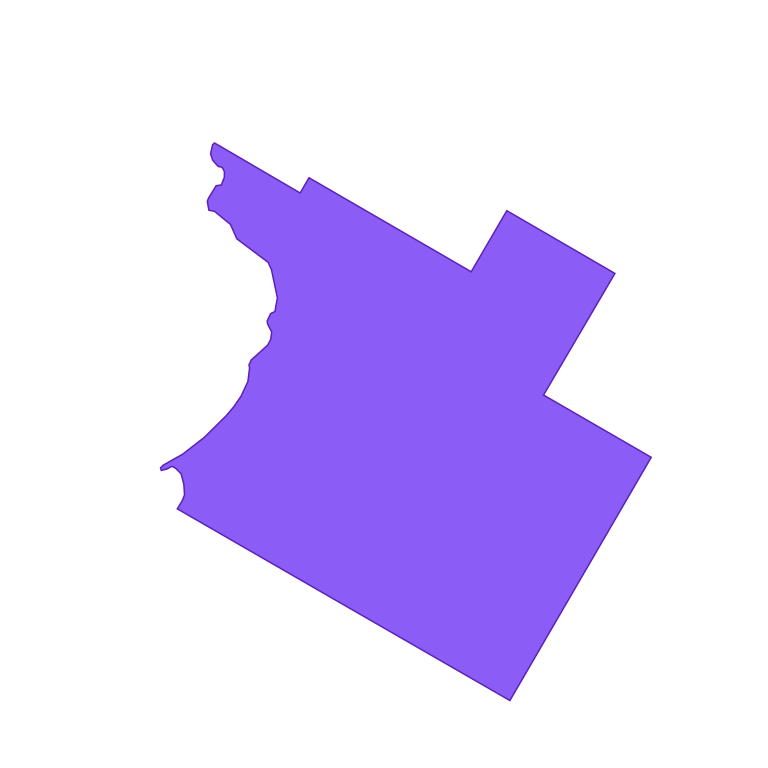 the district of Schoolcraft, Michigan, United States of America, rotated 120°
{"feature_id": "52423323B71997866785230", "entity_name": "Schoolcraft", "entity_type": "district", "adm_level": 2, "iso_a3": "USA", "parent_name": "United States of America", "parent_adm1": "Michigan", "projection": "natural_earth1", "projection_center": [-86.228, 46.131], "detail": "fine", "context": "isolated", "style": "filled", "palette": "violet", "viewbox_px": 768, "rotation_deg": 120, "n_neighbors": 0, "source": "geoboundaries", "source_scale": "gbopen_adm2", "svg_char_len": 867}
<svg xmlns="http://www.w3.org/2000/svg" viewBox="0 0 768 768"><g transform="rotate(120 384 384)"><path d="M172.5,364.3L243.2,364.6L242.9,552.1L260.5,552.1L260.0,651.2L262.4,652.1L271.4,649.3L275.8,644.3L277.8,638.6L278.5,636.2L277.5,633.7L277.8,631.5L279.8,628.5L284.8,625.6L292.9,624.4L296.2,628.5L310.8,628.9L314.3,628.3L321.1,622.5L319.2,617.3L322.6,596.7L331.9,584.0L336.6,545.1L341.3,538.6L362.7,519.4L375.8,514.7L379.7,517.4L387.8,516.7L390.3,514.7L395.1,507.3L402.1,504.4L408.6,504.2L429.6,511.0L434.9,510.5L437.4,508.4L449.9,503.1L466.1,501.7L478.9,502.7L490.8,504.9L520.2,513.0L545.5,523.3L564.4,534.5L568.3,535.6L570.2,533.7L566.3,529.6L561.3,526.5L561.2,522.2L563.2,514.9L570.9,507.2L579.8,501.3L585.9,500.4L595.5,500.6L595.4,302.8L595.2,116.7L313.9,115.9L313.8,240.3L172.8,239.3L172.5,364.3Z" fill="#8b5cf6" stroke="#5b21b6" stroke-width="1.5"/></g></svg>